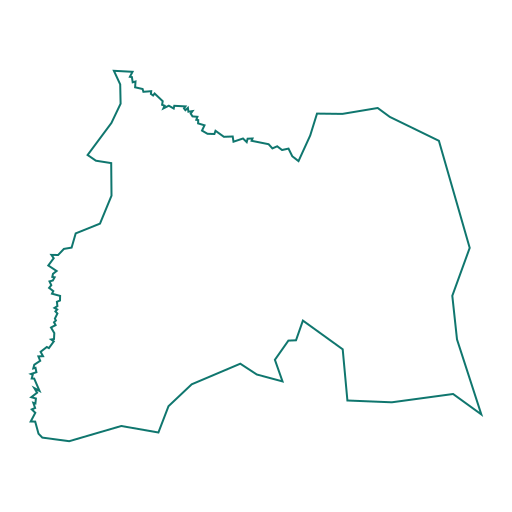 Xongor, Darhan-Uul, Mongolia (orthographic projection)
{"feature_id": "93677404B92664087509678", "entity_name": "Xongor", "entity_type": "district", "adm_level": 2, "iso_a3": "MNG", "parent_name": "Mongolia", "parent_adm1": "Darhan-Uul", "projection": "orthographic", "projection_center": [106.116, 49.386], "detail": "medium", "context": "isolated", "style": "outline", "palette": "teal", "viewbox_px": 512, "rotation_deg": 0, "n_neighbors": 0, "source": "geoboundaries", "source_scale": "gbopen_adm2", "svg_char_len": 1836}
<svg xmlns="http://www.w3.org/2000/svg" viewBox="0 0 512 512"><path d="M282.5,381.4L274.9,359.8L288.4,340.6L296.0,340.3L302.9,320.6L342.7,349.3L347.4,400.5L391.8,402.3L453.1,394.0L481.3,414.4L457.0,339.4L452.3,295.8L469.7,247.9L438.9,140.8L389.8,116.9L377.7,108.0L342.4,113.9L317.0,113.6L310.2,135.5L298.5,161.1L292.3,156.3L288.5,148.6L282.0,150.0L277.2,146.3L272.4,148.4L268.6,144.2L251.6,140.8L252.5,138.5L247.6,138.7L246.7,142.1L243.0,138.5L233.5,141.7L232.7,136.5L223.9,136.8L215.5,130.8L214.4,134.0L207.5,133.8L202.0,130.6L204.5,125.3L198.1,123.4L198.2,120.1L196.3,119.8L197.4,116.8L192.5,116.4L190.7,113.6L192.5,111.1L188.4,111.7L187.9,107.9L185.4,110.2L184.0,108.4L185.4,106.4L174.3,105.8L173.7,108.5L168.8,105.7L163.4,108.4L164.6,105.7L162.1,104.8L162.7,101.2L154.6,93.5L153.1,95.5L150.9,93.9L151.2,91.2L143.4,91.8L142.6,89.0L135.1,87.3L135.5,81.5L132.7,82.3L131.9,77.1L129.9,76.8L132.5,71.8L113.9,70.8L120.2,84.4L120.6,103.7L111.4,123.0L87.6,155.0L95.9,160.7L111.2,163.1L111.5,195.7L100.0,223.6L75.7,233.4L71.6,247.6L63.9,248.9L58.1,255.0L51.4,254.9L53.7,258.2L48.3,265.5L56.6,271.0L53.0,273.8L52.3,276.9L54.6,277.3L52.8,280.5L49.5,281.4L51.3,285.2L49.1,287.9L53.3,291.1L52.0,293.7L60.1,295.9L60.0,300.5L56.9,301.8L57.4,306.1L54.5,307.9L57.2,309.5L55.4,311.4L57.4,313.5L54.9,318.6L55.9,320.5L54.0,322.3L55.6,325.1L51.0,327.5L54.3,333.1L54.0,339.0L51.2,339.5L53.8,341.4L48.9,348.1L46.8,347.0L40.6,351.8L43.0,356.2L38.4,356.4L40.2,360.8L34.3,364.7L33.3,368.4L35.5,367.8L36.4,372.2L31.0,374.0L32.7,374.8L31.7,378.5L34.2,378.6L39.5,390.9L34.3,388.1L37.1,392.7L31.3,397.2L35.9,398.5L35.4,403.5L33.3,402.8L35.1,408.0L31.8,409.4L35.3,412.8L30.7,421.5L35.2,421.6L38.5,433.7L42.3,437.6L69.2,441.2L121.2,426.0L158.4,432.5L168.5,406.2L191.7,384.3L240.3,363.7L256.8,374.5L282.5,381.4Z" fill="none" stroke="#0f766e" stroke-width="2"/></svg>